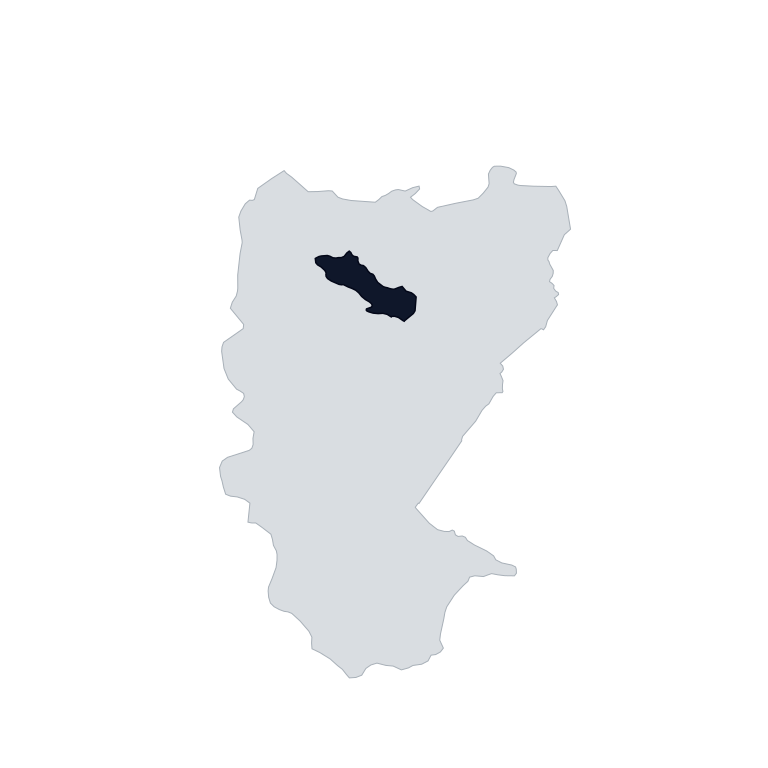 Burkina Faso, with Namentenga highlighted, rotated 305°
{"feature_id": "BFA-2824", "entity_name": "Namentenga", "entity_type": "Province", "adm_level": 1, "iso_a3": "BFA", "parent_name": "Burkina Faso", "parent_adm1": "", "projection": "natural_earth1", "projection_center": [-0.489, 13.195], "detail": "fine", "context": "in_parent", "style": "filled", "palette": "ink", "viewbox_px": 768, "rotation_deg": 305, "n_neighbors": 0, "source": "natural_earth", "source_scale": "10m", "svg_char_len": 4289}
<svg xmlns="http://www.w3.org/2000/svg" viewBox="0 0 768 768"><g transform="rotate(305 384 384)"><path d="M546.7,480.7L529.8,481.4L523.6,483.6L519.9,483.6L519.7,481.8L519.3,480.8L497.9,474.8L482.9,471.3L467.7,467.3L466.8,471.0L464.6,473.4L461.3,473.6L459.1,473.0L457.5,475.8L455.0,479.6L451.5,481.4L448.0,483.7L446.1,485.7L444.7,485.8L441.2,481.0L436.6,480.5L427.9,481.3L424.1,480.0L418.7,479.4L406.2,480.4L386.2,478.4L382.9,479.5L382.0,480.3L362.2,480.6L340.4,480.8L322.1,481.0L306.2,481.2L306.1,480.4L301.0,480.3L300.4,481.9L295.9,501.0L295.4,511.4L297.8,517.9L300.5,522.0L303.5,523.7L303.8,526.0L301.4,529.0L301.6,532.1L304.4,535.3L305.1,538.6L303.6,542.1L304.0,550.5L306.1,563.8L306.1,572.4L304.1,576.4L305.0,583.1L309.0,592.6L309.6,596.7L308.2,598.5L305.0,601.0L301.7,600.9L297.8,595.2L296.1,592.6L293.0,586.7L290.4,580.9L286.8,578.3L283.3,575.9L279.0,568.4L274.9,564.9L270.5,565.9L264.2,564.5L251.3,562.7L237.5,563.2L231.8,564.9L226.1,567.6L211.7,573.6L206.1,576.6L201.7,584.1L196.9,583.9L192.0,581.5L188.9,578.1L182.4,578.9L176.1,575.6L170.0,569.1L165.5,566.9L159.8,562.2L158.2,553.3L154.6,547.0L151.3,538.3L146.3,534.4L140.6,532.3L132.7,532.8L127.5,529.3L123.4,524.2L124.5,519.8L126.4,513.5L126.7,507.5L127.9,497.7L127.2,485.4L125.8,476.9L130.2,473.3L135.3,470.1L138.4,464.3L141.7,451.3L143.2,440.0L142.2,435.9L140.5,432.6L139.2,427.7L138.5,421.8L139.4,416.6L143.2,411.8L148.0,407.8L151.4,405.9L160.5,403.9L171.7,400.9L178.2,397.5L183.0,394.2L185.6,391.5L188.4,386.0L192.7,381.8L196.1,377.5L196.6,365.5L196.6,358.7L194.1,355.0L192.8,351.8L209.5,342.5L209.6,335.9L207.3,328.5L204.1,322.6L202.9,317.5L207.5,311.5L211.7,306.9L214.6,303.1L221.2,297.2L228.1,295.7L234.2,297.9L252.4,311.7L255.6,312.6L259.4,311.5L264.2,307.9L270.4,305.0L272.8,295.8L272.6,282.3L274.0,276.0L277.3,274.9L287.8,277.5L290.5,277.7L293.6,276.8L295.8,274.4L295.7,270.1L295.2,266.2L298.7,253.6L304.9,244.1L317.6,232.3L321.5,230.0L326.1,228.7L348.6,236.9L352.3,234.9L357.9,214.7L364.0,212.8L371.3,212.5L376.1,210.7L378.6,209.3L389.3,201.7L408.3,191.3L418.4,186.8L420.4,185.2L427.7,177.8L437.4,169.3L443.6,167.6L452.1,167.0L457.5,168.4L458.9,170.8L460.7,172.0L471.8,168.4L487.7,174.1L501.5,179.8L500.6,183.3L500.5,189.7L499.4,199.6L498.0,211.6L503.7,219.4L510.5,227.7L512.4,230.9L510.6,239.1L511.8,243.9L515.5,251.9L521.6,262.1L527.9,272.6L532.2,274.0L536.4,274.8L538.9,276.7L542.6,278.5L546.3,279.7L549.5,282.0L551.5,284.2L554.2,290.7L561.3,294.9L566.2,299.2L564.2,301.3L558.0,300.4L552.2,298.6L551.5,301.7L551.3,313.5L552.2,323.4L553.6,324.7L559.4,326.5L573.4,339.3L586.0,351.5L590.2,354.6L597.2,355.8L605.0,356.3L608.4,355.2L615.9,349.1L620.0,348.4L623.7,348.6L625.7,349.5L629.3,354.5L632.8,362.1L633.7,367.6L633.4,370.6L632.3,371.7L626.1,373.2L623.4,374.3L622.7,375.9L623.7,379.6L624.9,382.0L631.7,392.9L641.5,407.5L644.6,411.3L642.9,415.7L637.9,427.1L634.2,431.9L617.8,448.0L609.7,446.1L592.7,449.4L590.2,445.7L586.2,445.2L581.3,445.8L579.5,447.2L579.0,448.8L577.2,451.1L574.1,457.5L571.7,459.1L568.7,460.1L565.0,460.0L562.8,460.8L562.8,464.0L562.2,466.8L559.7,468.1L558.6,471.2L558.8,474.3L557.4,475.7L554.2,474.9L552.3,474.1L550.5,478.0L548.3,480.7L546.7,480.7Z" fill="#d9dde1" stroke="#a8b0b8" stroke-width="1"/><path d="M447.0,364.6L446.8,363.2L446.8,357.7L445.6,353.9L443.9,351.6L443.1,351.5L442.9,346.7L441.3,342.6L438.3,338.8L435.8,334.4L434.4,330.2L434.0,328.0L434.4,327.0L435.5,326.6L439.9,329.7L441.8,329.2L442.6,327.7L442.9,324.9L442.5,320.3L442.9,315.5L444.2,311.1L444.6,307.1L443.9,302.8L442.9,298.9L442.1,293.6L440.9,292.3L439.8,290.0L438.1,281.7L438.0,277.3L438.9,274.9L440.4,273.6L441.8,272.9L443.1,270.4L443.8,265.3L443.5,261.2L444.2,258.6L447.4,255.7L448.5,256.2L451.1,257.6L452.9,259.2L456.7,263.8L457.6,266.3L458.1,269.8L459.6,272.4L461.3,274.1L463.1,276.6L465.7,278.2L470.0,278.4L472.9,279.3L472.7,281.4L471.5,283.5L471.2,285.8L472.4,288.5L472.7,289.1L472.2,290.4L469.8,292.0L468.0,294.7L468.2,297.2L469.2,299.2L468.9,302.3L467.3,306.1L466.7,309.1L467.5,311.9L466.9,314.1L465.1,317.0L463.6,320.6L463.3,327.3L463.8,329.3L464.9,331.9L465.2,333.2L466.2,335.8L467.3,337.8L468.8,338.9L471.7,340.8L474.3,342.9L472.7,348.9L473.1,350.0L473.5,351.3L474.4,354.1L474.4,357.0L473.7,360.4L461.8,367.4L458.6,367.6L447.7,364.6L447.0,364.6Z" fill="#0f172a" stroke="#020617" stroke-width="1.5"/></g></svg>